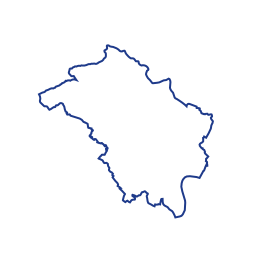 outline of Duc Tho, Ha Tinh, Vietnam, rotated 123°
{"feature_id": "81297802B16083563480391", "entity_name": "Duc Tho", "entity_type": "district", "adm_level": 2, "iso_a3": "VNM", "parent_name": "Vietnam", "parent_adm1": "Ha Tinh", "projection": "robinson", "projection_center": [105.62, 18.488], "detail": "fine", "context": "isolated", "style": "outline", "palette": "blue", "viewbox_px": 256, "rotation_deg": 123, "n_neighbors": 0, "source": "geoboundaries", "source_scale": "gbopen_adm2", "svg_char_len": 5813}
<svg xmlns="http://www.w3.org/2000/svg" viewBox="0 0 256 256"><g transform="rotate(123 128 128)"><path d="M182.3,105.1L182.2,102.6L182.4,101.4L183.1,102.0L183.4,102.0L183.8,99.4L185.0,94.6L185.3,94.5L186.5,94.5L187.8,94.2L191.3,93.0L191.5,92.5L191.6,89.9L189.9,89.3L189.3,88.9L189.5,87.0L189.4,86.1L189.3,85.8L187.2,85.8L186.5,85.7L185.2,84.6L184.4,83.4L184.2,83.3L183.0,83.9L182.8,84.2L182.6,84.8L182.6,87.2L181.9,87.8L181.6,87.8L181.0,85.8L180.7,83.2L178.5,82.2L178.0,81.4L177.7,81.2L177.1,81.1L174.9,81.3L174.1,81.2L173.5,80.5L172.1,79.6L171.9,79.3L171.9,78.7L172.3,77.0L172.2,75.8L172.4,75.5L172.8,75.4L174.6,75.3L175.3,74.9L176.3,73.8L178.7,71.7L179.7,70.4L179.9,69.9L179.7,68.0L179.6,67.3L179.5,64.6L179.2,63.1L177.3,63.6L177.0,62.8L176.5,61.9L175.9,61.4L175.3,61.0L175.3,60.5L174.6,59.9L174.5,59.5L173.4,60.0L169.9,61.3L169.3,61.3L168.6,60.4L171.3,58.5L172.6,57.0L173.0,55.9L173.1,55.0L172.8,51.7L173.7,49.0L173.7,45.6L174.0,44.8L174.7,43.4L176.0,41.2L177.2,39.6L174.0,36.4L172.5,35.3L170.5,35.0L166.0,35.6L159.5,39.3L157.8,40.6L151.6,47.9L148.2,51.3L145.1,52.9L142.9,53.6L141.1,53.8L138.4,53.4L136.6,52.3L134.7,49.8L131.8,43.8L130.9,40.8L122.9,41.4L122.3,41.0L118.0,42.0L116.4,42.2L116.7,41.1L116.5,40.9L115.3,41.8L114.8,42.5L114.2,42.7L113.5,43.2L113.4,43.7L113.4,44.6L112.4,45.0L111.4,45.7L111.2,45.7L110.3,45.4L108.2,45.2L107.4,49.3L106.9,50.2L106.1,50.4L104.9,52.1L105.0,53.6L104.4,54.4L104.8,54.7L104.6,56.1L104.3,56.8L103.9,58.0L103.4,58.4L103.0,58.9L102.0,59.0L100.9,58.6L99.6,57.9L98.4,57.7L98.0,57.8L97.2,58.4L96.3,58.9L95.5,59.6L95.1,59.3L93.7,59.5L93.6,57.2L88.5,57.5L83.5,58.2L82.9,58.4L80.5,59.5L78.5,59.8L77.9,59.8L76.1,60.5L75.2,63.0L74.8,63.6L74.5,63.7L74.1,64.1L72.7,63.8L72.4,63.9L71.5,64.7L71.1,65.4L71.8,66.5L72.4,66.9L73.0,67.5L73.2,68.1L73.1,68.5L72.8,69.1L73.8,70.5L74.6,70.9L74.7,71.7L75.3,72.4L75.2,73.3L75.5,73.9L75.6,74.4L74.1,76.3L73.9,78.1L73.5,78.3L72.8,78.2L72.5,78.6L72.8,79.5L73.8,81.3L72.7,82.1L74.3,89.5L74.7,90.3L75.2,90.8L75.6,90.9L76.4,91.1L77.2,91.0L77.9,90.7L77.5,92.8L77.2,96.2L77.1,99.5L77.1,102.7L77.3,104.5L77.0,105.5L73.9,109.4L73.1,112.2L72.2,113.8L71.4,114.7L66.4,117.4L65.1,118.6L64.4,119.8L64.4,120.2L64.5,120.8L64.9,121.0L67.0,122.1L68.6,124.0L72.7,126.6L74.2,128.2L76.8,131.4L77.0,131.8L77.0,132.4L75.9,135.5L75.3,138.4L74.4,140.3L73.3,142.0L72.2,142.6L69.7,143.2L69.3,143.1L68.5,142.7L68.0,142.7L67.3,143.2L67.0,143.6L66.4,144.9L66.2,146.3L66.3,147.4L66.7,148.7L67.3,149.8L68.1,150.5L68.3,151.0L68.4,152.8L68.1,153.7L67.8,154.2L66.6,155.3L66.5,155.6L66.6,156.0L67.6,157.5L67.7,157.8L66.8,160.2L66.7,161.2L67.3,162.5L68.0,163.5L68.0,165.0L67.8,166.5L67.0,169.5L66.4,170.8L65.2,172.5L65.1,173.0L66.0,174.1L66.6,174.4L67.0,174.7L67.5,175.5L67.7,176.0L67.8,176.9L67.4,178.8L67.4,181.0L68.1,184.6L68.9,186.3L69.3,187.5L69.4,188.2L69.3,189.2L69.5,189.6L70.0,190.3L70.3,190.5L70.8,190.4L72.3,189.1L72.8,188.8L73.7,188.9L75.7,189.9L76.2,189.8L77.0,188.9L77.2,187.8L77.8,187.0L79.6,185.8L80.3,185.5L81.2,185.4L83.0,186.0L84.3,185.9L85.9,186.3L89.2,188.4L90.3,188.7L91.5,189.6L91.8,190.0L92.4,191.5L93.3,192.5L94.1,193.8L94.9,194.3L95.9,195.8L97.1,196.7L97.7,197.0L99.4,198.6L100.3,200.0L100.9,201.2L101.9,201.8L102.2,202.5L102.7,203.3L103.7,204.2L104.5,204.7L105.2,206.0L106.0,206.3L107.0,207.1L108.8,207.5L109.2,208.3L109.8,208.9L110.4,209.0L111.3,208.6L113.6,207.9L114.2,207.4L114.7,206.3L114.9,205.2L115.3,204.1L115.2,203.4L114.0,201.8L115.3,198.9L115.9,197.4L116.3,199.1L116.9,200.1L117.6,200.9L118.9,201.8L119.8,202.2L119.9,202.9L120.6,204.0L121.3,204.8L122.1,205.1L122.4,206.0L123.5,206.0L124.6,206.4L125.4,206.9L126.3,207.7L127.2,207.7L127.7,207.9L128.2,208.4L128.8,208.4L129.8,208.8L132.6,211.0L133.2,211.1L133.9,211.1L134.2,211.5L135.4,212.1L135.6,212.3L136.1,213.4L137.3,214.5L139.4,215.7L141.3,217.2L142.7,217.4L143.5,217.8L145.1,219.2L148.2,221.0L149.2,219.4L149.9,218.6L151.2,217.5L153.2,216.7L154.0,216.0L154.2,215.6L154.4,215.0L155.3,210.3L155.3,209.9L154.4,208.5L154.1,207.4L155.2,204.9L155.5,203.9L154.1,203.0L151.0,201.7L150.4,200.8L150.2,200.6L149.6,200.5L148.9,200.7L148.4,200.7L148.0,200.5L147.4,199.5L147.1,199.3L144.3,198.5L143.6,197.8L143.2,196.3L143.3,195.6L144.0,194.8L144.2,194.2L144.8,193.1L146.8,191.1L148.1,189.4L148.0,189.2L148.2,188.5L148.1,188.0L148.2,187.5L148.4,187.3L148.8,187.3L149.0,187.5L149.3,187.4L149.8,186.2L149.3,185.7L149.1,185.2L148.4,184.4L148.5,183.8L148.9,183.2L148.9,182.7L146.4,173.7L146.3,171.2L147.1,168.6L146.9,168.0L146.9,167.2L146.7,166.9L146.7,166.6L146.5,164.2L146.8,163.8L147.6,163.2L148.3,162.5L148.9,162.2L149.0,161.6L149.4,161.2L149.1,160.7L148.9,159.8L148.7,159.6L148.8,158.9L148.3,158.4L148.8,157.9L148.8,156.9L149.1,156.2L149.4,156.2L150.0,156.6L150.3,156.2L150.8,156.4L151.9,156.2L152.6,155.7L154.2,155.9L154.7,155.5L155.0,155.9L155.2,156.0L155.8,155.6L155.8,155.0L156.2,154.2L156.2,153.9L155.8,154.0L155.5,154.5L155.2,154.4L155.2,153.1L156.1,152.4L156.4,151.9L156.5,150.3L156.4,150.0L155.6,150.1L155.3,149.8L155.0,149.2L155.0,148.4L155.4,147.7L155.9,146.1L156.1,145.9L156.8,145.9L156.8,145.7L156.3,145.0L156.4,144.0L156.0,143.4L155.7,142.3L155.1,142.1L154.8,141.5L155.1,140.8L155.0,139.9L155.3,139.2L155.9,137.6L155.5,137.3L155.0,137.7L154.8,137.8L154.5,137.3L154.6,136.8L155.5,136.0L155.8,134.4L156.4,133.9L156.7,133.9L156.9,134.2L156.7,134.9L156.9,135.1L157.3,135.2L158.3,134.4L158.5,134.1L158.4,133.5L158.5,133.3L160.6,133.3L163.1,133.0L163.6,133.5L163.9,134.4L164.8,135.4L165.3,135.3L167.2,135.8L169.6,136.0L169.6,135.4L169.4,134.8L169.0,132.0L169.1,131.5L170.0,129.8L170.3,128.9L170.1,128.4L169.1,127.3L168.9,126.9L169.1,125.3L170.2,124.5L170.8,123.8L171.7,121.8L173.1,121.4L173.8,120.9L174.3,119.2L174.1,117.4L174.6,115.7L176.0,115.6L176.2,115.3L176.2,114.0L177.8,114.0L179.3,109.7L179.9,107.0L180.7,105.6L181.1,105.4L182.3,105.1Z" fill="none" stroke="#1e3a8a" stroke-width="2"/></g></svg>